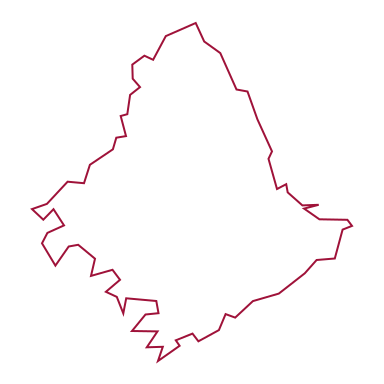 the district of Rowan, Kentucky, United States of America
{"feature_id": "52423323B15346846283864", "entity_name": "Rowan", "entity_type": "district", "adm_level": 2, "iso_a3": "USA", "parent_name": "United States of America", "parent_adm1": "Kentucky", "projection": "robinson", "projection_center": [-83.44, 38.207], "detail": "fine", "context": "isolated", "style": "outline", "palette": "rose", "viewbox_px": 384, "rotation_deg": 0, "n_neighbors": 0, "source": "geoboundaries", "source_scale": "gbopen_adm2", "svg_char_len": 964}
<svg xmlns="http://www.w3.org/2000/svg" viewBox="0 0 384 384"><path d="M179.6,345.8L175.8,340.3L192.5,333.6L198.4,341.3L218.9,330.1L225.6,314.1L235.2,317.6L252.9,301.1L278.8,293.6L304.8,273.3L316.6,260.0L334.8,258.5L342.6,229.6L352.0,225.9L347.4,219.8L319.4,219.3L304.1,208.6L318.7,204.8L302.4,205.4L287.7,192.4L286.2,184.2L277.0,189.0L268.5,158.8L272.0,151.4L257.4,119.3L247.5,91.5L236.5,89.5L220.3,53.1L204.2,41.5L195.7,23.0L165.8,36.1L153.1,59.8L144.4,55.7L132.3,64.6L132.7,78.7L140.0,87.1L130.1,94.9L127.3,114.2L120.7,116.0L126.0,136.1L116.3,137.7L112.9,149.3L89.9,164.8L84.0,183.2L67.6,181.7L46.9,203.9L32.0,209.1L43.3,219.7L53.5,209.2L64.0,225.4L47.4,232.9L42.0,243.3L55.4,265.6L68.7,246.5L78.2,244.8L95.0,258.7L91.0,275.9L112.5,269.8L120.0,279.8L105.9,291.8L116.8,296.9L123.3,313.4L126.2,298.3L156.3,301.0L158.5,313.2L145.5,314.5L132.0,331.0L157.5,331.4L146.8,347.3L162.8,346.8L158.0,361.0L179.6,345.8Z" fill="none" stroke="#9f1239" stroke-width="2"/></svg>